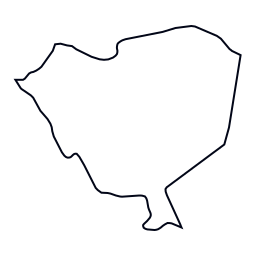 the Department of Cordillera
{"feature_id": "PRY-604", "entity_name": "Cordillera", "entity_type": "Department", "adm_level": 1, "iso_a3": "PRY", "parent_name": "Paraguay", "parent_adm1": "", "projection": "robinson", "projection_center": [-57.018, -25.289], "detail": "fine", "context": "isolated", "style": "outline", "palette": "ink", "viewbox_px": 256, "rotation_deg": 0, "n_neighbors": 0, "source": "natural_earth", "source_scale": "10m", "svg_char_len": 1404}
<svg xmlns="http://www.w3.org/2000/svg" viewBox="0 0 256 256"><path d="M240.6,55.1L229.0,127.5L224.3,144.5L166.7,187.3L165.5,189.1L165.7,191.7L166.9,195.2L180.4,224.7L180.6,225.4L181.5,227.5L171.7,223.4L169.9,223.1L167.5,223.0L164.9,224.4L162.7,225.9L161.0,227.4L159.5,228.4L157.9,229.3L156.1,229.8L154.5,230.0L147.3,229.4L145.4,228.8L143.7,227.7L143.1,225.9L143.2,224.9L144.1,223.8L147.0,221.1L149.8,217.8L150.5,216.4L150.8,215.1L150.7,213.9L150.4,212.8L149.0,209.6L148.3,207.5L147.1,200.6L146.3,198.3L144.9,196.4L141.9,195.6L139.4,195.5L122.0,196.7L120.0,196.5L115.9,195.5L110.5,193.6L107.7,193.0L101.4,192.7L97.8,190.1L95.7,187.9L84.2,165.2L79.4,156.9L76.7,153.8L75.3,153.7L74.2,154.0L73.0,154.9L71.4,156.5L70.5,157.2L69.0,157.6L67.4,157.6L65.8,156.9L64.3,155.6L61.9,152.3L53.8,136.5L52.3,131.3L51.7,127.2L50.4,123.7L47.5,119.0L40.4,110.8L33.2,97.7L30.9,95.4L21.5,89.0L20.7,88.2L15.4,79.8L23.0,79.8L24.8,78.7L29.1,73.5L31.1,72.4L33.4,71.9L36.2,70.6L39.0,68.8L41.4,66.8L52.8,50.8L55.1,44.3L60.6,43.7L67.0,45.4L72.0,46.1L76.3,49.3L91.6,56.8L99.6,59.3L104.0,59.8L108.3,59.4L113.0,57.6L115.6,55.7L116.9,54.1L117.3,52.7L117.4,51.5L117.4,50.5L117.0,48.7L116.9,47.7L117.0,46.3L117.3,44.7L117.7,43.7L118.5,42.8L120.6,41.3L122.4,40.3L125.6,39.2L162.7,31.9L175.5,28.0L191.3,26.0L195.0,26.5L216.9,35.9L220.9,38.7L229.6,49.1L230.8,49.9L231.9,50.9L240.6,55.1Z" fill="none" stroke="#020617" stroke-width="2"/></svg>